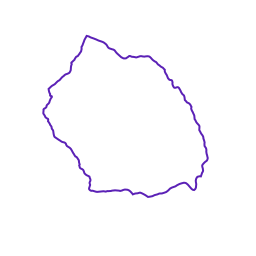 the district of Denchhukha, Samchi, Bhutan, rotated 299°
{"feature_id": "84629894B1832791956678", "entity_name": "Denchhukha", "entity_type": "district", "adm_level": 2, "iso_a3": "BTN", "parent_name": "Bhutan", "parent_adm1": "Samchi", "projection": "mercator", "projection_center": [89.277, 27.026], "detail": "fine", "context": "isolated", "style": "outline", "palette": "violet", "viewbox_px": 256, "rotation_deg": 299, "n_neighbors": 0, "source": "geoboundaries", "source_scale": "gbopen_adm2", "svg_char_len": 5789}
<svg xmlns="http://www.w3.org/2000/svg" viewBox="0 0 256 256"><g transform="rotate(299 128 128)"><path d="M188.5,47.2L184.0,47.2L181.7,47.6L180.0,47.8L178.9,48.0L178.3,48.1L177.7,48.1L177.1,48.1L176.6,48.0L176.1,48.2L175.6,48.5L175.1,48.8L174.6,49.1L174.1,49.3L172.9,49.6L172.4,49.8L171.8,49.8L171.2,49.7L170.7,49.6L169.5,49.6L168.4,49.4L167.2,49.3L166.6,49.2L166.1,48.9L165.7,48.5L165.2,48.2L164.6,48.1L163.4,48.0L162.3,48.0L161.7,48.1L161.1,47.9L160.6,47.7L160.0,47.5L159.5,47.4L158.4,47.0L157.9,46.8L157.3,46.9L157.0,47.4L156.6,47.8L156.1,47.9L154.9,48.1L154.4,48.3L153.8,48.5L151.2,49.7L150.7,49.9L149.5,50.0L148.9,50.0L148.4,50.0L147.8,49.9L147.3,49.6L146.8,49.3L145.9,48.6L144.7,47.5L144.2,47.2L143.7,47.0L143.0,46.7L142.4,46.6L141.9,46.4L141.4,46.1L140.9,45.9L140.3,45.7L137.5,45.1L136.9,45.0L136.4,44.8L135.5,44.2L134.4,43.7L134.0,43.6L132.3,43.1L131.7,43.0L130.6,42.6L130.1,42.3L129.6,42.0L128.1,41.1L127.6,40.9L126.5,40.5L124.8,40.0L124.3,39.8L123.7,39.6L122.8,40.3L122.4,40.6L121.1,41.8L120.7,42.3L120.4,42.7L120.1,43.3L119.7,43.6L119.1,43.8L118.6,44.2L118.5,44.7L118.7,45.3L118.8,45.8L118.4,46.3L117.9,46.4L117.3,46.3L116.7,46.2L116.2,46.2L115.6,46.2L113.3,46.5L112.1,46.8L111.0,46.7L110.4,46.5L109.3,46.1L108.8,46.0L108.2,46.0L107.6,46.1L107.1,46.4L106.5,46.4L106.0,46.3L105.4,46.0L104.9,45.8L104.4,45.4L103.9,45.2L103.3,45.1L102.8,45.4L102.3,45.7L101.8,45.9L100.2,46.6L99.7,46.9L99.4,47.3L99.2,47.8L98.6,48.9L98.3,49.4L97.4,50.6L97.2,51.7L97.1,52.5L97.2,53.5L96.6,54.2L95.1,54.8L94.9,55.4L94.5,56.1L93.8,57.5L93.3,58.0L92.9,58.6L92.6,59.4L92.3,60.0L91.9,60.6L91.3,61.0L90.7,61.5L90.3,62.0L90.0,62.7L89.7,63.4L89.3,63.9L88.8,64.3L87.2,65.5L86.7,65.9L86.1,66.4L85.6,66.9L85.0,67.5L84.6,68.2L84.1,73.6L84.1,74.3L84.0,75.2L83.9,76.2L83.9,77.2L84.5,79.4L84.5,80.1L84.4,80.7L83.9,81.6L83.5,81.9L83.1,82.5L82.7,83.2L82.6,83.9L82.5,85.4L82.5,86.1L82.4,86.8L82.2,87.5L82.0,88.2L81.7,88.7L81.4,89.2L81.0,89.9L80.4,90.8L79.3,92.6L78.9,93.5L78.5,94.0L77.9,95.2L77.6,95.7L77.7,96.9L77.5,97.6L77.0,98.6L76.6,99.3L76.3,100.0L76.0,100.4L75.7,100.8L75.1,101.2L74.6,101.6L74.0,102.0L72.7,103.4L71.7,103.4L71.3,103.9L70.7,104.4L70.2,104.9L69.9,105.3L69.7,105.8L69.7,106.4L69.7,107.1L69.8,107.8L69.7,108.5L69.6,109.1L69.3,109.6L68.9,110.1L68.5,110.6L67.6,111.5L67.2,112.1L66.8,113.6L66.7,114.3L66.7,115.0L66.7,115.7L66.8,116.4L66.8,117.1L66.8,117.8L66.4,118.2L65.9,118.7L65.5,119.2L65.2,119.6L64.8,120.0L64.3,120.4L63.5,120.7L62.8,120.7L62.0,120.8L61.3,121.0L60.8,121.5L60.1,122.3L59.5,122.6L58.7,122.7L57.9,122.9L57.2,123.0L56.4,123.2L55.8,123.5L55.5,124.0L55.2,124.9L55.2,126.2L56.0,127.5L56.8,131.1L57.3,132.2L60.8,137.2L61.6,139.4L62.8,140.5L63.1,141.2L64.7,143.7L65.1,144.0L65.6,144.6L66.3,145.5L66.5,146.0L67.0,146.5L67.5,147.5L68.3,149.3L68.9,150.6L69.1,151.6L69.9,152.5L70.7,153.3L71.2,153.6L72.4,154.8L72.8,155.4L73.4,156.7L73.8,157.7L73.9,159.2L73.7,160.5L73.6,161.0L72.7,163.6L72.3,164.4L73.7,165.6L74.4,166.3L74.7,166.8L75.5,168.0L77.3,169.8L77.6,171.4L77.7,173.7L77.7,175.8L77.4,178.9L78.6,180.5L80.2,182.4L82.2,183.8L84.2,185.9L85.9,187.2L87.2,189.4L89.2,191.3L90.6,192.5L92.7,193.4L95.5,194.2L97.2,195.3L100.0,197.8L101.8,198.7L104.0,200.2L105.6,201.7L107.2,203.4L107.7,204.5L107.9,205.7L107.5,207.8L106.2,211.3L105.5,213.3L105.4,214.8L105.8,215.9L107.2,216.4L108.8,216.3L112.0,214.9L113.6,213.6L114.8,212.8L116.3,212.3L117.7,212.2L119.0,212.4L120.5,214.0L121.0,215.2L124.9,214.5L126.0,214.6L127.0,214.4L128.8,213.1L130.0,211.9L130.4,211.6L130.9,211.2L131.8,211.0L132.7,211.1L134.5,211.5L136.0,212.0L137.2,212.6L137.9,212.8L139.1,212.7L140.4,212.3L141.0,211.7L142.8,210.1L143.4,209.4L145.3,207.9L145.9,207.7L147.5,206.7L148.3,205.8L149.1,204.2L149.3,203.8L150.1,203.2L151.5,202.4L152.5,202.0L153.9,200.7L154.9,199.6L155.2,199.2L156.2,198.5L156.9,197.9L157.7,196.7L158.1,195.7L158.7,194.5L159.0,194.1L159.3,193.5L159.7,193.1L160.5,191.7L160.8,191.3L162.3,190.6L163.9,189.8L164.4,189.4L164.9,188.5L165.6,186.4L165.8,185.8L166.1,185.2L166.4,184.6L167.4,183.3L168.1,181.9L168.6,181.6L169.6,180.9L170.8,180.1L171.3,179.6L172.3,178.2L173.5,176.6L174.2,175.4L175.4,174.0L175.9,173.7L177.2,173.3L177.4,172.9L178.3,171.7L178.9,170.4L179.1,169.7L179.1,168.7L179.0,167.5L179.0,166.9L179.4,166.3L179.8,165.0L180.0,164.2L180.5,163.8L182.3,162.5L183.0,161.8L183.4,161.4L183.7,160.8L183.8,160.2L183.9,159.7L184.0,159.1L184.3,158.6L185.1,157.1L186.2,155.7L186.8,154.7L187.4,153.7L187.7,153.2L187.8,152.8L187.9,152.3L187.8,151.7L187.5,151.2L186.2,150.0L185.9,149.5L185.7,149.0L185.8,148.4L186.1,147.9L186.4,147.4L186.7,146.9L187.5,146.0L187.9,145.6L188.4,145.3L188.9,145.1L189.4,144.9L190.5,143.9L190.9,143.3L190.9,142.7L190.7,142.2L190.5,141.6L190.3,141.1L190.3,140.5L190.6,140.0L190.7,139.4L190.9,138.9L191.6,138.0L192.4,137.1L192.7,136.6L193.1,136.2L193.4,135.7L193.9,134.6L194.3,134.1L194.9,133.2L195.3,132.8L195.8,132.4L196.8,131.9L197.2,130.4L197.4,129.9L197.6,129.3L197.6,128.7L197.6,128.2L197.6,127.6L197.6,127.0L197.7,126.4L198.0,125.3L198.1,123.6L198.3,123.0L198.5,122.5L199.0,121.4L199.2,120.9L199.3,120.3L199.2,119.7L199.3,118.6L199.3,118.0L199.4,117.4L199.5,116.8L199.8,115.7L200.0,115.2L200.2,114.6L200.4,114.1L200.7,112.9L200.8,112.4L200.8,111.8L200.6,111.2L200.4,110.7L200.2,110.2L199.1,108.6L198.7,108.1L198.4,107.8L198.2,107.3L197.8,106.5L197.4,105.1L197.0,104.4L196.7,103.8L195.9,103.1L195.6,102.8L194.3,101.6L193.9,101.2L193.6,100.7L193.3,99.6L192.7,97.9L192.4,97.4L192.2,96.9L192.1,96.3L192.0,95.1L191.6,94.2L190.6,93.8L187.9,92.4L186.9,90.8L186.7,90.1L186.7,88.8L186.6,88.2L186.7,87.5L187.9,82.4L188.3,81.1L189.4,78.7L189.5,77.8L189.4,76.7L189.2,76.2L188.6,72.9L188.8,71.6L190.4,68.8L190.8,67.2L190.8,66.6L191.0,65.9L191.0,64.3L190.8,63.0L190.2,59.8L190.0,57.0L189.9,56.5L189.7,54.8L189.1,51.3L189.1,49.4L188.5,47.2Z" fill="none" stroke="#5b21b6" stroke-width="2"/></g></svg>